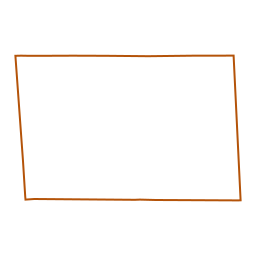 Susquehanna, Pennsylvania, United States of America (Robinson projection)
{"feature_id": "52423323B76378871638878", "entity_name": "Susquehanna", "entity_type": "district", "adm_level": 2, "iso_a3": "USA", "parent_name": "United States of America", "parent_adm1": "Pennsylvania", "projection": "robinson", "projection_center": [-75.847, 41.82], "detail": "fine", "context": "isolated", "style": "outline", "palette": "amber", "viewbox_px": 256, "rotation_deg": 0, "n_neighbors": 0, "source": "geoboundaries", "source_scale": "gbopen_adm2", "svg_char_len": 412}
<svg xmlns="http://www.w3.org/2000/svg" viewBox="0 0 256 256"><path d="M155.7,200.0L178.0,200.1L238.4,200.4L240.6,200.3L233.6,55.6L233.4,55.6L210.5,55.7L191.7,55.7L148.2,56.2L138.0,56.1L105.9,55.8L77.0,55.7L69.8,55.7L68.9,55.7L43.5,55.8L28.4,55.8L22.5,55.7L20.1,55.7L15.4,55.8L23.0,161.1L25.2,196.2L25.5,199.6L34.2,199.0L135.0,199.8L139.8,199.6L155.7,200.0Z" fill="none" stroke="#b45309" stroke-width="2"/></svg>